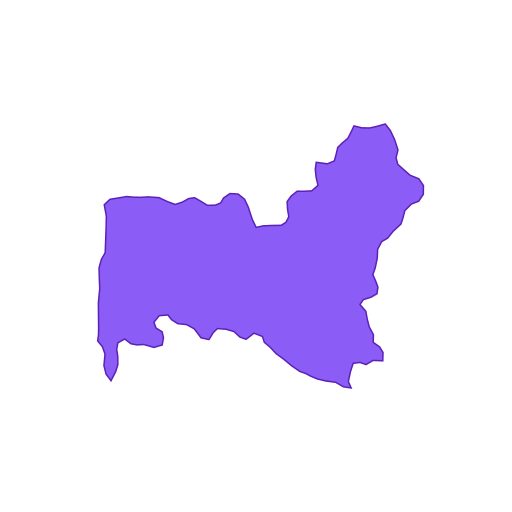 outline of Estrela Dalva, Minas Gerais, Brazil, rotated 115°
{"feature_id": "56859067B45399318958970", "entity_name": "Estrela Dalva", "entity_type": "district", "adm_level": 2, "iso_a3": "BRA", "parent_name": "Brazil", "parent_adm1": "Minas Gerais", "projection": "orthographic", "projection_center": [-42.466, -21.71], "detail": "fine", "context": "isolated", "style": "filled", "palette": "violet", "viewbox_px": 512, "rotation_deg": 115, "n_neighbors": 0, "source": "geoboundaries", "source_scale": "gbopen_adm2", "svg_char_len": 2034}
<svg xmlns="http://www.w3.org/2000/svg" viewBox="0 0 512 512"><g transform="rotate(115 256 256)"><path d="M321.0,121.5L312.2,122.6L308.5,116.7L307.9,110.4L301.2,105.8L297.4,96.8L289.8,100.1L286.2,105.4L284.7,113.3L277.7,116.3L272.4,123.4L266.6,128.2L259.7,133.1L256.0,141.3L250.1,140.2L244.7,134.3L239.1,130.4L232.6,132.4L228.1,137.0L223.5,142.2L216.4,142.9L206.7,145.2L198.5,148.6L189.9,148.2L184.1,144.2L175.8,142.2L165.7,138.1L158.8,139.0L152.0,140.3L143.2,137.1L137.6,131.7L129.4,130.4L121.4,134.0L117.2,141.0L117.7,150.5L115.0,159.6L113.0,166.3L107.7,170.6L99.8,172.2L91.8,179.7L85.5,187.3L81.7,194.6L87.3,201.1L91.9,207.0L95.1,214.2L96.7,222.2L103.1,222.2L110.5,222.5L116.9,225.5L123.0,227.8L129.7,226.4L136.7,225.2L142.3,230.3L145.6,241.0L152.4,238.9L159.4,234.7L165.7,229.7L173.4,233.0L177.4,240.6L179.9,246.1L186.8,249.5L193.6,250.8L200.9,246.8L206.5,242.9L212.8,243.1L217.6,246.2L221.7,254.7L225.7,262.3L230.0,267.9L224.8,274.4L219.9,279.1L215.0,283.6L209.4,290.3L207.4,298.4L210.4,306.0L217.1,309.9L222.9,310.5L227.2,314.5L230.6,321.4L229.7,329.6L229.1,336.3L232.4,341.3L238.3,345.5L243.4,351.0L244.1,359.0L244.1,368.6L248.0,378.7L251.7,385.6L254.4,391.8L256.8,398.4L260.9,404.3L266.3,412.3L273.7,415.2L283.1,408.5L295.6,403.0L316.7,394.1L324.6,394.7L333.2,393.2L342.4,388.6L351.5,383.9L358.0,381.6L365.0,379.1L387.8,368.2L393.9,365.5L399.9,363.6L403.1,356.9L408.7,351.4L419.6,347.5L426.4,342.0L430.3,334.7L420.0,334.3L412.8,335.3L405.3,338.9L399.5,342.8L393.1,344.5L386.7,339.9L388.4,332.3L386.9,326.4L383.6,320.2L382.0,309.9L376.3,303.4L369.2,305.3L364.4,309.0L363.5,316.2L359.2,320.5L351.0,318.5L346.7,310.9L349.4,305.7L350.4,298.4L347.5,289.9L348.1,281.1L353.4,271.2L351.6,263.3L343.6,262.4L338.1,260.3L335.0,252.1L333.8,243.9L336.3,236.3L335.7,229.8L326.8,225.2L326.2,216.2L330.7,212.0L332.7,204.7L336.0,196.5L337.8,187.3L340.5,177.1L342.1,167.5L341.5,161.4L341.8,155.4L341.5,148.4L339.7,139.6L336.8,130.4L337.6,121.5L335.4,114.0L330.8,119.2L321.0,121.5Z" fill="#8b5cf6" stroke="#5b21b6" stroke-width="1.5"/></g></svg>